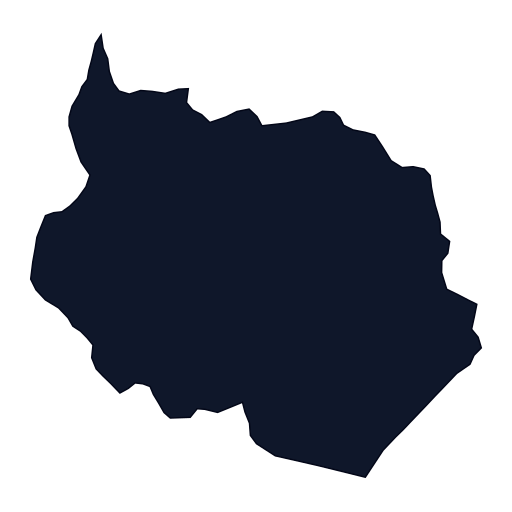 outline of Gravatal, Santa Catarina, Brazil
{"feature_id": "56859067B54481618407288", "entity_name": "Gravatal", "entity_type": "district", "adm_level": 2, "iso_a3": "BRA", "parent_name": "Brazil", "parent_adm1": "Santa Catarina", "projection": "mercator", "projection_center": [-49.028, -28.349], "detail": "fine", "context": "isolated", "style": "filled", "palette": "ink", "viewbox_px": 512, "rotation_deg": 0, "n_neighbors": 0, "source": "geoboundaries", "source_scale": "gbopen_adm2", "svg_char_len": 1577}
<svg xmlns="http://www.w3.org/2000/svg" viewBox="0 0 512 512"><path d="M101.1,34.8L95.4,43.6L93.3,52.9L91.3,61.4L88.9,70.1L87.3,79.5L81.9,86.7L79.0,94.7L72.1,106.2L69.1,116.9L69.1,125.8L72.0,134.3L76.1,148.6L81.1,162.0L90.0,175.0L86.0,186.8L77.7,198.4L69.9,206.1L61.9,211.8L53.7,212.7L45.5,215.6L40.9,227.0L36.9,237.3L35.3,248.0L32.8,261.9L30.7,279.1L36.0,289.8L45.4,299.9L58.6,307.9L68.0,317.7L72.9,326.2L80.6,331.2L87.1,337.8L93.0,345.0L91.7,357.7L96.2,368.9L103.2,376.2L110.9,383.6L119.9,393.0L128.4,388.3L135.1,382.9L142.9,383.8L150.1,386.5L153.4,394.4L158.8,403.3L164.1,412.6L170.3,418.0L190.2,417.3L197.2,408.7L204.9,409.3L217.6,412.4L231.1,406.9L242.5,402.2L245.0,412.0L249.5,423.2L250.4,435.4L256.5,443.7L275.3,455.8L317.5,465.4L365.3,477.2L383.1,450.2L395.6,437.0L403.2,429.6L410.2,422.2L425.7,406.0L434.8,396.3L442.9,387.9L456.7,373.4L470.0,364.2L474.0,355.3L481.3,347.9L478.1,337.2L471.6,329.2L474.4,316.4L476.8,304.3L467.9,299.9L458.5,295.0L446.7,289.2L441.6,272.6L441.8,260.6L447.8,253.2L449.6,241.4L440.5,234.0L440.0,222.1L437.6,213.2L435.2,205.2L433.0,195.5L431.4,187.1L430.1,175.6L424.1,169.0L413.1,166.7L402.1,167.6L391.1,160.7L382.5,146.8L374.7,135.0L365.1,132.3L352.9,129.9L343.5,125.2L339.8,117.5L333.7,111.9L322.3,111.3L312.6,116.9L286.3,123.1L261.9,125.8L257.0,116.6L249.1,109.1L236.9,111.5L226.2,116.9L217.9,119.8L209.8,122.5L201.7,114.7L192.6,110.0L186.5,102.6L188.3,88.7L178.4,89.2L165.3,93.4L152.1,91.4L140.7,90.5L129.3,94.1L119.0,91.0L113.4,83.4L109.3,71.5L107.7,58.8L103.1,48.3L101.1,34.8Z" fill="#0f172a" stroke="#020617" stroke-width="1.5"/></svg>